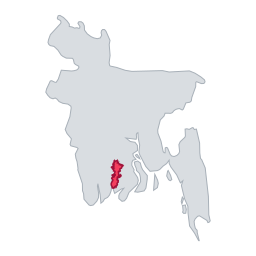 Pirojpur, Barisal, Bangladesh shown in context
{"feature_id": "16705992B46028667424095", "entity_name": "Pirojpur", "entity_type": "district", "adm_level": 2, "iso_a3": "BGD", "parent_name": "Bangladesh", "parent_adm1": "Barisal", "projection": "mercator", "projection_center": [89.98, 22.515], "detail": "fine", "context": "in_parent", "style": "filled", "palette": "rose", "viewbox_px": 256, "rotation_deg": 0, "n_neighbors": 0, "source": "geoboundaries", "source_scale": "gbopen_adm2", "svg_char_len": 7784}
<svg xmlns="http://www.w3.org/2000/svg" viewBox="0 0 256 256"><path d="M82.5,190.7L82.4,183.7L77.8,169.9L78.0,168.4L77.1,161.8L75.9,158.1L75.3,154.1L78.1,148.5L77.0,147.5L70.8,145.8L70.1,144.3L71.4,138.8L67.0,133.5L65.2,129.5L69.9,116.7L71.2,107.8L70.8,106.1L67.9,104.1L62.8,103.3L59.1,101.6L57.0,99.1L55.2,98.0L53.0,98.8L50.2,97.8L47.8,95.3L45.8,92.2L46.6,88.9L50.3,81.0L51.7,80.7L55.0,82.3L56.2,82.3L58.3,79.1L61.3,70.2L71.6,71.0L74.1,70.7L76.7,70.0L78.1,68.8L78.9,67.4L78.7,66.2L75.5,64.5L74.2,63.2L73.4,59.6L72.4,58.3L66.2,58.1L62.9,56.4L61.1,55.0L57.9,50.1L54.0,46.4L50.2,45.6L48.8,44.4L48.0,42.5L48.5,39.8L50.4,34.6L60.7,23.4L61.0,22.2L60.6,20.7L57.5,18.9L57.3,18.0L58.2,15.7L59.9,15.4L63.5,17.5L67.1,21.0L69.3,24.1L69.3,26.5L72.2,27.0L74.5,28.1L77.0,27.7L78.5,28.3L79.6,28.1L80.0,26.7L77.9,23.2L78.9,21.7L81.3,21.8L83.0,23.1L84.3,25.8L84.5,30.1L87.3,33.9L91.0,36.6L93.8,37.9L97.3,38.7L100.3,37.9L101.7,35.2L101.1,32.8L101.5,30.7L102.7,29.5L104.6,29.6L106.0,31.3L110.0,40.4L109.2,44.5L110.1,55.5L109.1,62.8L109.7,65.6L110.4,66.1L116.5,67.4L125.2,70.3L132.0,71.4L162.4,70.6L169.1,72.0L189.4,70.9L195.0,73.2L201.0,77.0L204.4,79.8L205.0,81.4L204.6,82.8L203.5,83.5L201.4,83.6L196.6,81.7L195.8,82.3L195.7,86.6L191.8,97.5L191.3,100.9L189.9,102.2L185.9,102.9L183.3,109.2L182.2,110.0L179.5,108.6L177.9,108.8L175.8,109.4L173.8,110.8L172.4,112.6L170.8,113.3L165.1,113.2L164.0,116.1L160.3,119.9L157.7,130.0L157.9,133.1L161.0,141.2L163.2,151.7L164.1,152.7L165.1,152.8L165.2,148.0L166.2,147.4L167.5,147.9L170.2,154.4L171.7,156.0L174.1,156.5L176.8,155.5L178.8,153.6L179.6,151.6L178.9,144.6L180.2,141.7L184.8,137.4L185.4,136.1L185.1,129.1L186.9,128.8L189.2,129.4L192.2,127.7L193.1,127.7L194.3,129.5L196.4,129.1L199.6,143.1L199.8,153.0L200.5,158.4L201.7,159.7L205.2,167.9L208.4,196.6L208.8,214.8L210.2,220.9L209.0,222.3L207.9,222.6L206.9,220.4L199.4,215.8L197.6,216.3L195.1,219.0L194.1,221.4L194.5,224.9L195.3,228.3L197.1,230.3L197.2,232.5L199.2,240.6L198.6,240.6L194.6,233.2L189.6,226.0L188.0,212.9L187.9,206.4L184.6,198.8L181.4,185.5L182.8,180.8L180.4,182.9L176.7,174.9L170.9,167.0L169.2,163.5L169.1,160.2L166.6,163.6L163.2,166.0L159.7,169.5L157.4,170.6L150.0,171.3L145.8,166.5L139.7,154.7L138.9,152.0L139.7,145.1L138.3,138.5L137.9,132.7L136.8,133.3L136.3,134.8L136.6,137.3L136.1,139.3L125.9,138.0L130.3,141.5L135.0,142.3L137.4,145.4L137.5,150.5L132.9,153.6L133.3,156.2L136.0,159.4L132.8,160.3L131.9,162.4L131.8,165.3L134.1,169.8L133.7,171.6L137.6,177.5L138.3,180.4L137.3,184.4L129.0,192.4L126.6,198.2L124.5,200.8L122.0,201.3L118.9,198.6L118.8,195.8L119.5,193.6L123.8,188.3L121.4,189.0L114.7,193.4L113.4,189.8L112.5,186.5L112.5,182.4L115.8,176.3L112.1,179.4L111.1,183.2L111.5,187.6L111.1,190.8L109.6,194.9L107.6,197.4L104.5,199.0L103.1,201.4L100.9,203.2L100.2,194.9L97.9,183.7L97.4,186.1L98.6,193.1L98.5,197.6L96.8,201.2L93.3,205.0L90.6,205.6L89.0,205.0L84.0,199.2L83.6,193.7L82.5,190.7ZM144.1,190.9L137.8,192.2L134.7,191.8L140.6,181.7L140.4,177.2L139.5,173.5L136.5,170.5L136.3,168.4L135.0,165.5L134.3,162.1L137.6,161.0L140.3,162.9L141.3,166.8L142.6,169.7L147.3,175.6L147.2,179.3L145.9,188.1L144.1,190.9ZM157.4,187.6L153.6,190.3L154.8,174.3L157.6,180.2L158.3,183.4L157.4,187.6ZM171.8,179.6L170.2,180.7L168.6,179.7L166.7,176.0L167.6,171.2L168.2,170.5L170.6,175.4L171.8,179.6ZM185.8,213.2L183.7,213.4L182.6,212.2L183.1,210.7L182.6,205.5L185.3,205.0L186.3,209.3L185.8,213.2ZM183.5,198.8L181.9,203.9L181.2,201.6L182.3,197.1L183.5,198.8ZM139.2,157.1L139.8,158.8L136.4,156.7L135.4,155.1L137.0,154.3L139.2,157.1Z" fill="#d9dde1" stroke="#a8b0b8" stroke-width="1"/><path d="M112.2,187.5L112.7,187.4L112.8,188.0L113.0,188.2L113.6,188.1L113.9,188.0L114.0,187.9L114.3,187.5L114.7,187.7L114.8,187.7L114.8,187.3L115.0,187.2L115.2,186.9L115.1,186.5L115.0,186.3L115.1,186.0L115.1,185.8L115.2,186.1L115.4,186.5L115.6,186.5L115.7,186.4L115.9,186.6L116.0,186.7L116.0,186.4L116.0,186.2L116.3,186.1L116.2,185.8L116.2,185.6L116.7,185.5L117.0,185.4L117.1,185.0L117.4,184.3L117.2,184.1L117.0,183.7L117.2,183.2L117.3,182.9L117.5,182.6L117.8,182.1L118.1,182.2L118.2,181.8L118.1,181.6L118.1,181.4L118.1,181.2L118.3,180.8L118.3,180.6L118.2,180.4L117.9,180.3L117.8,180.1L117.6,179.9L117.6,180.2L117.5,180.3L117.4,180.2L117.2,180.1L117.0,179.7L117.2,179.4L117.1,179.1L117.4,179.0L117.6,178.9L117.6,178.7L117.5,178.3L117.5,178.2L117.4,178.2L117.3,177.8L117.4,177.6L117.3,177.2L117.6,177.0L117.8,177.2L118.1,177.2L118.3,177.3L118.5,177.2L118.5,176.9L118.3,176.8L118.3,176.7L118.5,176.5L118.6,176.4L118.6,176.5L118.7,176.8L118.8,176.8L119.0,176.9L119.0,177.1L119.1,177.4L119.3,177.3L119.5,177.3L119.5,177.2L119.8,177.1L120.1,176.8L120.1,176.6L120.3,176.6L120.7,176.3L120.8,176.2L120.8,175.9L121.0,175.8L121.0,175.7L121.0,175.4L120.8,175.4L120.7,175.2L120.5,174.9L120.4,175.1L120.5,175.2L120.4,175.3L120.2,175.3L120.2,175.2L119.9,175.1L119.7,175.1L119.5,175.3L119.4,175.4L119.4,175.5L119.1,175.5L119.1,175.4L119.1,175.2L118.9,175.1L119.0,174.8L118.9,174.6L118.6,174.8L118.6,174.7L118.7,174.3L118.6,174.2L118.6,173.9L118.6,173.7L118.7,173.0L118.5,172.7L118.4,172.2L118.3,171.9L118.5,171.6L118.6,171.4L119.0,171.6L119.6,171.5L119.9,171.4L120.0,171.3L120.2,171.0L120.1,170.9L120.1,170.4L119.9,170.3L119.9,170.2L119.9,169.8L119.9,169.7L119.8,169.4L119.8,169.2L119.9,168.9L120.2,168.9L120.3,168.8L120.5,168.6L121.2,168.3L121.3,168.2L121.4,167.8L121.5,167.8L121.5,167.7L121.7,167.2L121.9,167.1L121.9,166.8L121.9,166.7L122.0,166.6L122.2,166.4L122.2,166.2L122.5,166.2L122.8,165.8L123.0,165.7L122.8,165.5L122.7,165.3L122.4,165.5L122.2,165.3L122.3,165.0L122.2,165.0L121.9,165.0L121.7,164.9L121.7,165.0L121.3,165.0L121.4,164.9L121.4,164.7L121.2,164.7L120.9,164.5L120.7,164.6L120.7,164.4L120.4,164.3L120.2,164.3L119.8,164.4L119.9,164.2L119.7,164.0L119.4,164.1L119.2,164.1L119.0,163.9L118.7,163.4L118.5,163.2L118.1,163.0L118.3,162.9L118.2,162.7L118.3,162.4L117.9,162.5L117.6,162.7L117.4,162.8L117.4,162.4L117.5,161.9L117.6,160.9L117.0,160.8L117.0,160.7L116.9,160.8L116.3,160.8L116.0,160.9L115.9,160.9L115.8,161.1L115.5,161.2L115.3,161.2L115.1,161.4L114.7,161.4L114.5,161.2L114.4,161.0L114.2,161.0L114.2,160.9L114.1,161.0L114.3,161.3L114.3,161.6L114.2,161.7L114.3,162.0L114.4,162.4L114.1,162.5L113.6,163.0L113.3,163.2L113.3,163.5L113.5,163.5L113.9,163.7L114.1,164.0L113.9,164.1L113.5,164.1L113.4,164.2L113.4,164.3L113.1,164.4L112.9,164.4L112.9,164.5L113.1,164.8L113.1,165.1L113.2,165.3L113.3,165.3L113.5,165.3L113.6,165.2L113.8,165.2L113.9,165.3L113.9,165.5L113.9,165.8L113.9,166.4L113.8,166.5L113.6,166.4L113.2,166.3L112.9,166.3L112.3,166.7L112.1,166.8L111.9,167.0L111.8,166.9L111.6,167.0L111.4,167.2L111.4,167.3L111.5,167.5L112.1,167.6L112.3,167.6L112.6,167.5L112.8,167.5L113.3,167.6L113.5,167.6L113.8,167.9L114.1,168.1L113.6,168.5L113.4,168.7L113.3,168.8L113.2,168.9L112.8,168.4L112.6,168.3L112.4,168.7L112.5,168.9L112.6,169.0L113.0,169.2L113.4,169.3L113.5,169.4L113.6,169.5L113.7,169.8L113.6,170.4L113.5,170.9L114.2,171.1L114.8,171.2L114.9,171.3L115.0,171.4L115.0,171.7L114.9,172.0L114.8,172.6L114.7,173.0L114.3,173.6L114.0,173.9L113.8,174.2L113.6,174.6L113.9,174.7L114.4,174.7L115.1,174.7L115.1,174.8L115.2,175.0L115.1,175.3L114.6,175.3L113.9,175.2L113.7,175.1L113.3,174.8L112.9,174.8L112.7,174.8L112.4,174.8L112.2,174.9L112.1,175.1L112.2,175.6L112.3,175.8L112.6,176.0L113.1,176.1L113.3,176.0L113.6,175.9L113.8,175.9L114.1,176.0L114.3,176.1L114.3,176.3L114.3,176.6L114.2,176.8L113.9,177.0L113.7,177.1L113.1,177.1L112.8,177.2L112.5,177.4L112.3,177.7L111.9,177.8L111.7,178.2L111.7,178.4L111.8,178.5L112.2,179.0L112.7,179.5L112.8,179.8L112.8,180.4L112.6,181.0L112.4,181.2L112.3,181.3L111.9,182.0L111.6,182.6L111.4,183.1L111.3,183.5L111.2,183.9L111.2,184.3L111.3,184.8L111.4,185.3L111.5,185.6L111.8,186.1L112.1,186.6L112.2,187.5ZM112.4,188.2L112.3,187.9L112.4,188.2L112.4,188.2Z" fill="#f43f5e" stroke="#9f1239" stroke-width="1.5"/></svg>